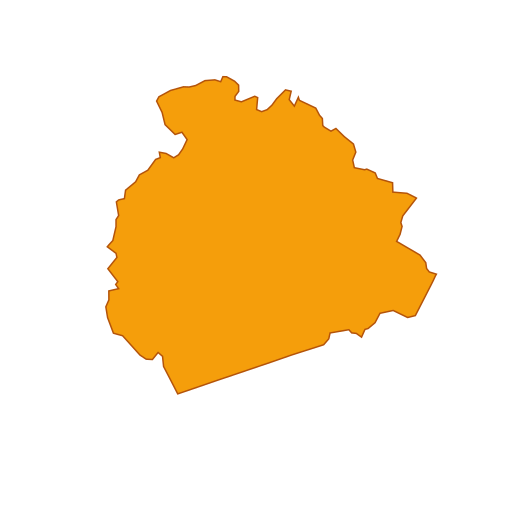 Aibonito, Puerto Rico, rotated 302°
{"feature_id": "32010507B49819301822346", "entity_name": "Aibonito", "entity_type": "district", "adm_level": 2, "iso_a3": "PRI", "parent_name": "Puerto Rico", "parent_adm1": "", "projection": "orthographic", "projection_center": [-66.255, 18.128], "detail": "fine", "context": "isolated", "style": "filled", "palette": "amber", "viewbox_px": 512, "rotation_deg": 302, "n_neighbors": 0, "source": "geoboundaries", "source_scale": "gbopen_adm2", "svg_char_len": 1715}
<svg xmlns="http://www.w3.org/2000/svg" viewBox="0 0 512 512"><g transform="rotate(302 256 256)"><path d="M289.9,422.7L324.0,419.8L329.3,419.3L334.0,418.7L336.2,418.6L334.3,411.4L335.8,407.3L340.3,403.5L343.7,394.6L342.9,367.5L350.7,366.7L358.5,364.2L361.1,361.1L367.8,359.2L390.1,361.4L390.1,360.6L389.2,350.8L382.7,338.2L390.5,333.0L386.1,317.9L389.6,313.1L388.4,303.9L386.7,302.4L383.0,292.6L388.6,287.1L397.0,285.6L402.6,279.3L404.0,267.6L406.5,256.2L401.6,253.4L401.5,245.6L402.0,243.5L407.8,239.4L409.0,235.3L413.1,228.3L411.0,210.3L413.1,207.8L403.4,209.1L406.2,201.3L414.4,198.5L412.5,193.0L400.4,190.2L392.4,189.6L386.0,187.9L381.4,184.3L380.5,178.9L391.2,173.5L390.8,170.3L379.0,161.9L377.1,155.5L380.2,153.6L386.5,154.1L391.7,150.7L392.9,145.2L392.4,136.0L390.5,132.9L385.1,133.7L383.6,127.8L377.7,119.8L368.6,114.5L363.9,109.8L361.0,104.8L351.1,95.8L339.6,89.3L334.7,89.6L328.0,100.3L319.2,109.3L316.2,123.0L321.7,127.6L318.2,135.9L307.9,137.1L300.8,136.7L295.7,134.2L295.3,125.4L292.8,119.0L288.7,122.7L284.7,119.7L271.4,118.8L263.0,114.1L255.1,114.6L242.7,110.5L234.9,114.0L231.8,110.8L230.7,109.8L227.9,108.9L217.5,118.1L212.7,118.0L206.6,121.8L193.2,126.4L187.9,125.4L185.0,125.0L184.1,135.9L181.1,138.8L166.7,137.1L161.0,152.4L157.5,152.1L155.5,156.8L148.4,149.7L140.8,154.5L133.3,155.6L125.1,162.8L115.0,176.0L116.0,179.5L117.7,185.1L110.5,210.1L110.3,217.5L113.3,223.0L122.3,224.1L121.4,229.9L113.3,236.2L106.3,248.1L97.6,262.7L128.4,287.7L176.3,326.9L191.1,338.8L216.6,360.4L224.3,361.6L230.0,359.6L242.7,373.8L241.5,377.9L243.5,382.1L243.1,388.5L251.5,387.3L253.9,389.5L262.5,392.3L273.1,391.5L282.5,401.2L284.2,417.2L289.9,422.7Z" fill="#f59e0b" stroke="#b45309" stroke-width="1.5"/></g></svg>